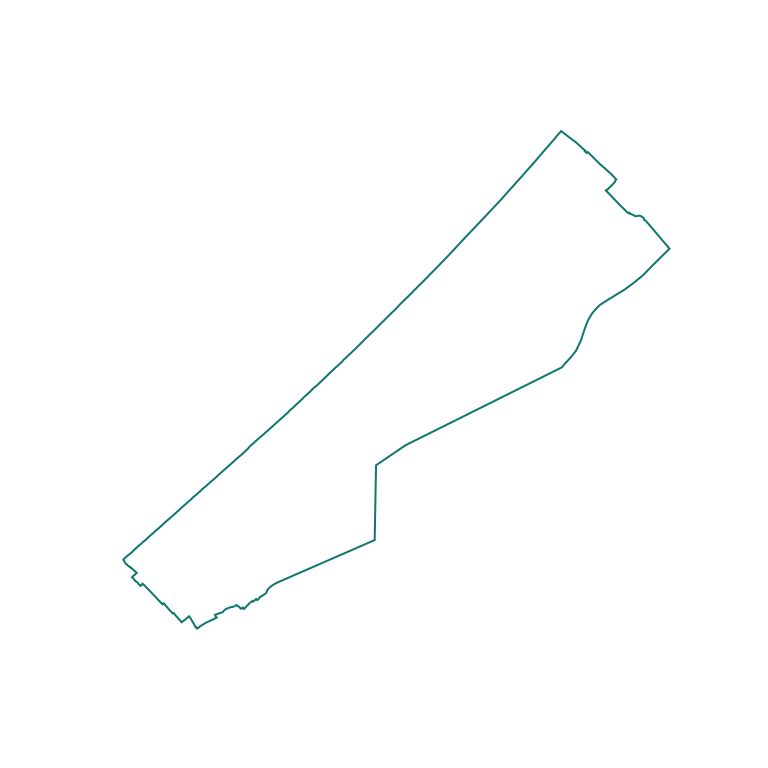 Sathing Phra, Songkhla, Thailand, rotated 240°
{"feature_id": "78962969B2429736291194", "entity_name": "Sathing Phra", "entity_type": "district", "adm_level": 2, "iso_a3": "THA", "parent_name": "Thailand", "parent_adm1": "Songkhla", "projection": "natural_earth1", "projection_center": [100.407, 7.492], "detail": "fine", "context": "isolated", "style": "outline", "palette": "teal", "viewbox_px": 768, "rotation_deg": 240, "n_neighbors": 0, "source": "geoboundaries", "source_scale": "gbopen_adm2", "svg_char_len": 5763}
<svg xmlns="http://www.w3.org/2000/svg" viewBox="0 0 768 768"><g transform="rotate(240 384 384)"><path d="M253.5,297.9L317.6,336.5L320.2,372.1L309.5,546.3L310.5,549.1L311.4,551.6L314.0,560.1L316.9,567.1L323.5,576.6L330.2,584.0L335.4,590.2L337.8,593.5L341.0,599.3L343.4,606.1L344.6,610.8L345.0,621.7L345.5,639.9L346.6,649.8L348.6,662.2L352.1,674.7L358.4,698.9L394.2,692.4L394.5,692.3L394.7,692.2L395.6,691.5L396.0,691.3L396.5,691.3L397.3,691.8L397.5,691.9L397.9,691.9L398.9,691.3L399.7,690.9L399.9,690.8L400.8,690.5L401.1,690.3L401.3,690.2L402.2,689.1L402.4,688.8L402.5,688.6L403.0,687.2L403.1,686.3L403.2,686.1L403.3,685.9L404.2,685.3L405.1,684.6L406.1,684.2L406.4,683.9L407.0,683.4L407.6,682.9L407.9,682.6L408.5,682.3L408.8,682.3L409.1,682.1L409.6,682.0L409.5,681.4L410.4,681.1L410.7,680.8L410.7,680.6L410.8,680.5L411.4,680.4L412.3,680.2L412.7,680.1L413.0,679.9L413.9,679.8L414.6,679.6L415.0,679.4L415.4,679.3L415.9,679.3L417.4,678.8L418.2,678.6L418.7,678.4L420.1,678.0L420.4,677.9L422.2,677.5L423.6,677.2L424.4,677.0L425.6,676.6L426.3,676.5L426.9,676.3L428.8,675.9L429.8,675.6L431.1,675.3L438.8,673.4L439.3,673.2L440.6,672.8L441.0,674.1L441.0,674.3L440.6,674.4L440.6,674.5L440.6,674.9L441.5,677.5L441.6,678.0L442.0,680.0L442.8,682.7L443.5,684.6L443.7,685.1L443.9,685.4L444.3,685.9L444.5,686.2L444.7,686.4L444.9,686.9L445.0,687.1L445.1,687.5L450.7,686.1L456.1,684.5L466.9,680.8L483.0,676.5L482.8,675.0L485.1,674.3L485.4,675.1L486.6,674.5L487.4,674.2L495.8,671.6L498.2,670.7L498.8,670.5L501.4,669.3L503.3,668.5L505.8,667.4L508.7,666.3L510.4,665.5L511.5,665.1L514.5,663.9L513.6,661.5L513.0,659.4L510.5,652.7L506.9,642.1L501.4,626.6L495.4,608.5L494.7,607.1L494.4,605.7L492.4,599.4L484.6,575.7L474.2,541.0L470.5,528.3L463.2,504.5L456.5,480.9L456.0,478.7L455.5,476.9L454.9,475.6L453.2,468.8L452.5,466.8L451.8,463.3L450.7,459.8L450.3,457.8L448.6,452.1L445.9,441.1L444.8,437.1L443.8,434.2L443.2,432.2L441.8,426.2L439.9,419.0L438.2,412.7L437.7,410.5L436.7,407.1L435.8,403.6L434.9,400.4L434.5,398.1L431.9,388.4L429.6,380.0L428.3,374.8L425.0,360.5L424.3,359.1L422.1,348.7L421.6,347.1L420.8,342.8L420.0,340.2L417.8,331.2L416.3,325.1L415.5,319.9L415.2,319.0L414.7,318.2L414.7,317.4L414.4,316.7L413.9,314.5L412.8,308.7L411.9,305.7L409.6,295.7L409.2,294.5L408.7,291.7L408.4,289.8L408.0,288.6L407.3,286.2L403.0,265.8L400.2,252.2L400.0,251.0L399.7,249.1L399.2,247.0L398.6,243.6L398.1,242.4L397.3,237.4L396.9,235.9L396.6,235.4L395.9,233.3L394.2,226.1L393.4,221.5L392.7,218.2L390.5,207.6L389.3,201.3L388.0,195.0L387.2,192.1L385.9,184.9L384.4,178.1L383.9,174.5L383.7,173.8L383.4,172.9L382.9,170.2L382.4,167.9L382.2,167.2L382.1,166.9L381.9,165.2L381.4,162.3L381.1,161.1L380.9,160.6L380.8,160.1L380.6,159.8L380.5,159.5L380.5,159.0L380.5,158.4L380.4,157.8L379.4,153.4L378.7,149.8L378.4,148.6L378.2,146.9L378.0,146.2L377.9,146.0L377.7,145.4L376.2,138.1L375.0,132.5L373.7,125.2L373.1,122.9L372.3,119.2L371.9,117.7L371.9,117.1L371.7,116.7L371.5,115.1L371.2,113.4L371.0,112.2L370.7,111.5L370.6,110.6L370.4,110.0L370.2,109.3L370.1,108.9L370.1,108.2L370.0,107.8L370.0,107.3L369.8,106.7L369.0,102.7L368.7,102.0L368.6,101.4L368.3,100.4L368.0,98.5L367.7,96.5L367.2,94.6L367.0,93.3L366.9,92.4L366.8,92.1L366.6,91.7L366.6,91.3L366.5,91.0L366.6,90.6L366.5,90.3L366.3,89.6L366.2,89.0L366.1,88.5L365.9,88.1L365.6,86.2L364.8,83.0L364.7,82.5L364.4,82.0L364.1,80.2L363.9,78.9L363.9,78.5L363.8,78.2L363.7,77.8L363.8,77.4L363.5,76.4L363.5,75.9L363.2,74.4L362.8,72.6L362.6,71.5L362.3,70.5L361.9,70.4L360.3,70.4L359.1,70.4L358.0,70.4L357.7,70.4L357.3,70.6L356.5,71.0L355.8,71.2L353.8,71.8L352.6,72.3L352.0,72.5L352.1,72.8L348.2,74.1L344.1,75.4L344.1,75.0L343.9,74.6L343.4,73.0L343.4,72.8L343.4,72.2L343.3,71.7L343.2,71.0L343.0,70.5L342.8,70.0L342.6,69.1L340.7,69.8L338.4,70.0L337.7,70.1L336.0,71.0L335.5,71.2L335.0,71.3L334.5,71.4L333.9,71.4L333.3,71.5L332.5,71.7L331.9,72.0L330.8,72.2L331.0,73.2L331.2,73.6L331.3,74.1L331.4,74.4L331.6,74.6L331.8,75.0L331.0,75.3L329.6,75.8L329.2,75.9L328.6,76.1L327.6,76.3L323.6,77.3L321.2,77.9L319.0,78.4L317.5,78.8L314.8,79.4L313.6,79.8L311.7,80.1L310.6,80.4L310.2,80.5L308.3,80.9L307.2,81.3L306.0,81.5L304.6,81.8L304.0,81.9L304.3,83.6L303.5,83.7L302.5,83.9L302.2,83.9L293.6,85.7L291.2,86.2L290.9,86.3L290.8,86.5L290.8,87.2L290.8,87.3L290.7,87.3L289.8,87.5L289.1,87.6L288.1,87.7L286.4,88.1L284.5,88.5L282.5,88.9L280.8,89.3L279.0,89.6L278.9,89.6L278.9,89.8L279.0,90.7L279.4,94.1L279.9,96.6L279.9,97.0L280.0,97.7L280.3,99.1L279.3,99.3L278.1,99.3L270.7,99.4L270.1,99.3L268.1,99.2L267.4,99.3L267.3,99.8L265.7,99.8L265.6,100.0L265.8,102.1L266.2,105.2L266.2,107.1L266.2,109.2L266.3,109.9L265.9,114.8L265.8,116.3L265.5,119.6L265.4,122.3L265.8,122.2L266.3,122.1L267.4,122.0L267.7,122.0L268.6,122.3L268.4,123.3L268.1,125.2L267.4,128.3L267.3,129.0L267.1,129.6L267.0,129.9L267.0,130.1L267.3,130.8L267.8,132.3L267.9,132.8L268.1,133.6L268.1,134.5L268.1,134.9L267.8,137.3L267.3,139.8L267.1,140.3L266.8,140.8L266.7,141.3L266.5,141.7L266.4,142.4L266.3,143.1L266.3,145.6L266.2,145.8L266.0,146.0L264.9,146.2L264.4,146.4L264.2,146.7L264.0,146.9L263.8,147.1L263.7,147.1L262.7,147.3L262.0,147.4L261.0,147.7L260.8,147.8L260.8,148.1L261.0,149.0L261.1,149.8L261.0,150.0L260.9,150.0L260.7,150.0L259.3,150.1L259.2,150.3L259.4,151.2L259.5,151.5L259.7,152.2L260.3,153.9L260.8,156.0L261.0,156.4L261.2,156.7L261.3,157.2L261.9,161.6L261.0,161.8L260.9,162.0L261.2,163.6L261.7,165.3L261.8,165.5L261.7,165.7L261.6,165.8L260.4,166.1L260.2,166.2L260.2,166.4L260.4,167.3L260.4,167.6L260.8,168.1L260.9,168.3L261.4,170.0L261.5,170.5L261.5,171.0L261.5,172.7L261.6,173.9L261.7,175.6L261.7,176.3L261.7,176.7L261.8,177.1L262.0,177.4L262.5,178.2L263.5,179.5L264.2,180.8L264.8,182.5L265.1,184.0L265.3,185.5L265.5,187.8L265.4,191.5L265.3,193.2L253.5,297.9Z" fill="none" stroke="#0f766e" stroke-width="2"/></g></svg>